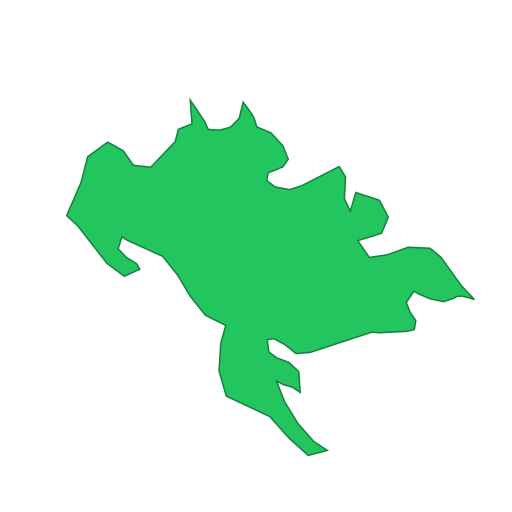 map outline of Kaskazini-Pemba (Mercator projection), rotated 132°
{"feature_id": "TZA-3380", "entity_name": "Kaskazini-Pemba", "entity_type": "Region", "adm_level": 1, "iso_a3": "TZA", "parent_name": "United Republic of Tanzania", "parent_adm1": "", "projection": "mercator", "projection_center": [39.766, -5.046], "detail": "fine", "context": "isolated", "style": "filled", "palette": "green", "viewbox_px": 512, "rotation_deg": 132, "n_neighbors": 0, "source": "natural_earth", "source_scale": "10m", "svg_char_len": 1333}
<svg xmlns="http://www.w3.org/2000/svg" viewBox="0 0 512 512"><g transform="rotate(132 256 256)"><path d="M213.8,398.5L200.6,392.0L184.1,409.2L190.4,384.1L193.9,376.2L186.7,367.1L177.2,361.1L164.9,360.6L150.3,368.5L153.1,354.9L155.0,349.3L159.5,341.9L154.5,327.3L156.1,309.9L162.5,296.8L171.8,295.7L186.2,302.6L192.8,298.4L191.8,287.8L184.1,275.4L173.5,269.2L133.8,254.0L137.4,242.3L154.3,228.6L159.5,215.9L142.0,224.3L132.0,201.5L138.6,183.7L155.1,177.9L176.5,190.6L181.3,170.9L167.5,159.4L147.6,148.7L133.8,131.9L133.2,117.7L140.7,83.2L142.2,64.5L145.0,70.8L147.9,75.9L151.3,79.5L155.0,80.7L164.5,86.1L171.2,97.8L175.3,109.6L176.5,115.1L190.0,113.2L194.6,104.0L197.2,93.9L204.8,89.1L211.0,93.4L230.7,113.2L234.9,118.9L291.5,151.3L301.7,160.9L302.5,175.0L305.5,187.3L310.6,191.8L318.7,182.2L317.8,172.3L313.1,160.5L313.3,146.8L327.8,131.9L329.1,140.9L333.4,150.1L335.2,157.1L345.3,136.9L352.5,112.3L355.2,89.0L352.8,73.0L369.3,83.8L369.3,108.9L366.1,138.3L380.0,184.3L366.2,206.5L344.4,223.8L327.8,232.0L333.9,253.8L330.0,277.6L322.6,301.7L318.7,325.1L330.4,361.9L331.5,368.5L342.8,363.3L343.8,351.6L341.6,339.6L343.6,333.5L359.2,340.3L361.2,361.9L352.8,409.2L352.7,423.7L318.2,435.3L294.9,447.5L270.6,442.4L266.6,425.1L270.6,407.8L260.5,393.6L225.0,392.6L213.8,398.5Z" fill="#22c55e" stroke="#15803d" stroke-width="1.5"/></g></svg>